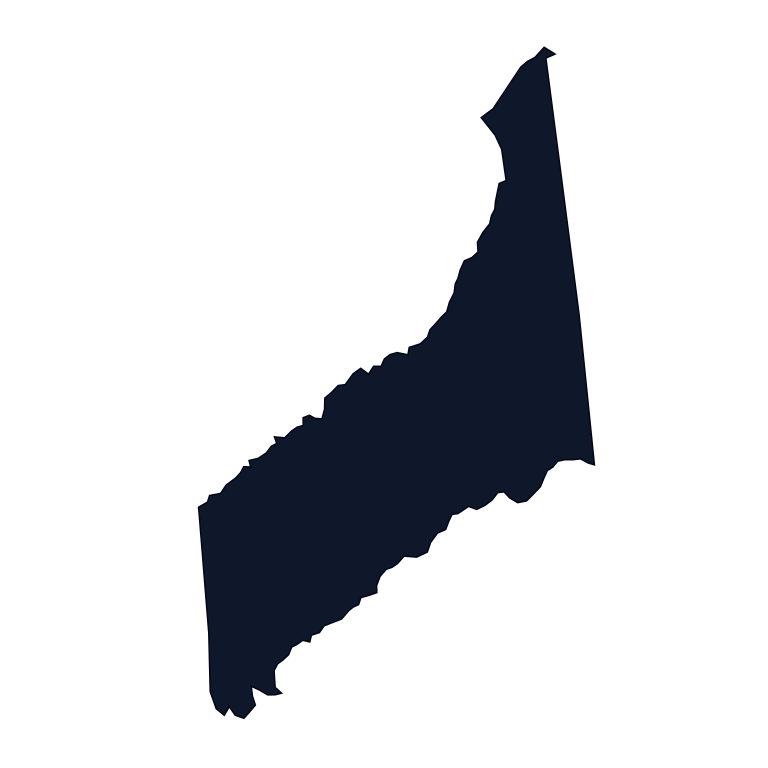 the district of Rancho Alegre D'Oeste, Paraná, Brazil, rotated 353°
{"feature_id": "56859067B11578412719697", "entity_name": "Rancho Alegre D'Oeste", "entity_type": "district", "adm_level": 2, "iso_a3": "BRA", "parent_name": "Brazil", "parent_adm1": "Paraná", "projection": "natural_earth1", "projection_center": [-52.974, -24.27], "detail": "fine", "context": "isolated", "style": "filled", "palette": "ink", "viewbox_px": 768, "rotation_deg": 353, "n_neighbors": 0, "source": "geoboundaries", "source_scale": "gbopen_adm2", "svg_char_len": 1917}
<svg xmlns="http://www.w3.org/2000/svg" viewBox="0 0 768 768"><g transform="rotate(353 384 384)"><path d="M311.1,409.6L306.2,405.9L299.6,407.6L298.7,415.3L292.6,416.2L286.5,419.4L278.9,425.3L268.8,423.1L270.3,430.0L264.9,431.8L258.7,438.1L250.2,442.4L240.7,443.5L241.6,450.2L234.7,448.9L230.9,454.5L225.2,459.3L215.1,465.0L208.4,472.7L197.3,473.4L194.4,479.7L184.9,483.7L184.6,492.2L179.7,610.1L174.0,668.2L177.9,685.9L185.1,693.4L191.1,685.4L196.0,694.7L204.2,698.7L210.2,693.5L217.2,687.0L215.4,677.7L215.4,667.9L223.1,672.6L230.7,678.4L238.3,679.2L244.7,678.4L239.0,671.9L239.5,663.2L240.0,655.1L244.3,648.8L249.9,645.7L256.3,641.1L260.3,633.9L266.3,631.7L272.1,628.5L278.9,631.0L281.3,624.5L289.6,622.9L295.0,616.8L302.1,614.9L313.3,612.1L321.0,605.0L326.1,601.7L331.9,599.9L335.0,593.3L343.5,591.9L351.5,590.2L352.1,583.2L356.7,574.4L363.7,568.1L369.5,567.0L375.6,563.8L382.9,557.3L395.4,559.8L406.5,556.1L411.0,546.9L418.9,538.5L427.5,535.9L431.7,527.9L435.7,521.7L441.4,521.7L453.1,515.8L460.7,519.8L469.5,516.7L477.2,512.3L483.6,505.7L490.0,505.7L494.8,512.3L502.2,518.1L511.3,517.4L518.3,511.9L526.7,505.0L531.5,496.5L535.5,489.9L541.3,487.1L547.0,481.8L554.1,481.2L562.3,482.2L569.9,482.2L577.2,487.4L583.0,489.9L585.8,354.7L586.1,338.7L585.2,187.6L584.4,80.3L594.0,77.4L584.0,69.3L573.7,78.2L565.5,81.4L558.4,86.1L525.8,124.1L512.9,131.4L524.6,150.5L529.4,165.4L530.0,196.9L522.7,199.0L519.6,208.3L516.8,216.7L515.3,224.0L511.1,230.2L508.4,237.9L500.7,245.5L494.0,254.7L493.4,264.4L486.7,269.2L478.8,271.5L473.5,280.2L470.4,287.9L466.9,293.4L464.7,302.1L458.9,310.8L455.0,320.1L449.4,324.3L443.6,329.5L436.3,335.7L432.9,342.7L425.0,348.5L413.5,350.7L411.3,357.9L400.9,354.4L393.6,355.5L387.4,359.2L383.3,366.1L375.9,365.1L369.8,372.3L362.8,365.6L354.7,370.0L345.4,379.9L338.3,379.9L331.1,385.8L323.5,390.8L321.9,401.9L318.1,411.0L311.1,409.6Z" fill="#0f172a" stroke="#020617" stroke-width="1.5"/></g></svg>